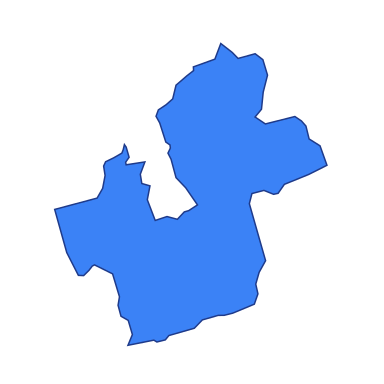 outline of Mirriah, Zinder, Niger, rotated 344°
{"feature_id": "23599985B93207740600063", "entity_name": "Mirriah", "entity_type": "district", "adm_level": 2, "iso_a3": "NER", "parent_name": "Niger", "parent_adm1": "Zinder", "projection": "robinson", "projection_center": [9.068, 13.638], "detail": "fine", "context": "isolated", "style": "filled", "palette": "blue", "viewbox_px": 384, "rotation_deg": 344, "n_neighbors": 0, "source": "geoboundaries", "source_scale": "gbopen_adm2", "svg_char_len": 1272}
<svg xmlns="http://www.w3.org/2000/svg" viewBox="0 0 384 384"><g transform="rotate(344 192 192)"><path d="M88.2,321.7L114.5,323.9L116.9,326.5L125.6,326.8L130.2,323.6L156.7,323.6L166.7,317.8L183.2,317.8L188.8,319.4L197.7,319.7L221.0,317.0L227.3,308.1L227.9,298.1L234.4,287.7L243.8,278.3L243.9,219.0L249.2,210.0L261.6,210.3L269.8,216.7L274.4,217.0L282.9,210.1L309.0,207.3L329.1,203.5L327.8,182.9L319.2,173.3L319.7,160.0L316.8,153.9L311.7,147.8L281.3,146.8L273.3,137.3L281.6,131.6L288.0,115.6L296.8,100.5L296.6,84.3L290.8,76.5L273.1,76.3L269.2,69.0L260.6,57.2L250.6,70.6L227.8,72.1L227.0,75.7L219.1,78.9L206.1,84.9L199.1,97.2L191.1,101.0L182.3,103.8L178.3,109.3L180.0,116.7L180.6,136.8L183.8,140.7L183.3,143.8L179.6,148.0L180.9,154.8L180.6,173.8L187.1,186.2L193.7,205.9L183.7,209.0L179.1,209.0L170.4,214.2L161.2,208.7L148.8,209.2L146.9,187.1L150.1,180.8L153.3,174.5L146.1,170.0L147.2,160.7L155.0,150.1L136.2,147.7L136.4,145.1L141.1,141.3L141.1,130.7L140.1,127.8L137.5,132.4L135.3,135.3L126.0,137.6L117.3,139.1L114.2,142.7L113.0,152.2L107.1,163.9L99.1,171.7L55.2,170.9L54.9,215.7L59.8,240.8L64.8,242.5L71.4,238.9L75.7,235.7L78.2,235.2L93.1,248.8L93.4,272.7L89.7,280.5L89.5,291.9L95.3,297.8L95.4,312.6L88.2,321.7Z" fill="#3b82f6" stroke="#1e3a8a" stroke-width="1.5"/></g></svg>